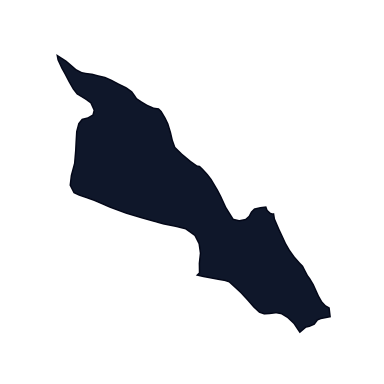 Doutsita, Gabon, rotated 172°
{"feature_id": "22940354B92057182831829", "entity_name": "Doutsita", "entity_type": "district", "adm_level": 2, "iso_a3": "GAB", "parent_name": "Gabon", "parent_adm1": "", "projection": "equal_earth", "projection_center": [11.621, -2.919], "detail": "fine", "context": "isolated", "style": "filled", "palette": "ink", "viewbox_px": 384, "rotation_deg": 172, "n_neighbors": 0, "source": "geoboundaries", "source_scale": "gbopen_adm2", "svg_char_len": 1589}
<svg xmlns="http://www.w3.org/2000/svg" viewBox="0 0 384 384"><g transform="rotate(172 192 192)"><path d="M306.4,345.8L306.2,341.5L303.5,332.6L301.2,326.7L298.3,318.5L295.1,310.5L292.0,305.1L284.6,299.1L279.7,294.4L277.4,286.6L279.3,282.0L284.7,279.8L290.6,279.2L294.5,275.5L297.7,267.9L299.8,257.4L301.3,249.5L304.2,236.7L309.1,225.2L311.6,215.7L308.9,207.8L304.3,204.8L290.3,197.6L275.2,188.4L260.0,180.2L245.6,173.6L224.6,164.4L213.4,160.5L203.4,156.5L195.1,148.6L192.1,139.8L192.1,130.2L194.6,120.4L195.8,110.8L198.3,109.0L192.6,106.8L186.3,104.7L177.4,101.7L171.7,99.9L167.6,97.9L163.8,93.3L157.5,85.6L151.7,77.2L146.7,69.5L141.9,63.6L137.4,61.3L132.2,60.9L125.5,60.8L120.3,59.1L114.6,54.4L109.2,47.6L106.4,41.7L104.7,38.2L98.1,42.4L94.5,42.7L89.4,44.1L85.6,47.9L82.1,48.8L72.6,49.3L72.4,58.1L75.9,60.8L78.9,65.1L81.4,71.4L84.9,83.4L87.6,89.8L89.4,93.1L91.4,98.7L92.9,103.1L95.7,106.9L99.9,113.3L103.8,120.8L106.7,128.0L109.1,136.0L111.2,142.8L114.2,153.8L114.3,158.9L115.2,158.9L117.5,159.9L120.3,163.4L121.0,166.8L126.3,166.9L132.5,166.4L135.9,163.8L138.7,159.9L142.6,157.3L149.2,156.9L155.1,159.2L158.0,165.7L160.8,172.0L164.3,183.7L166.6,190.2L171.4,201.7L174.4,207.0L178.5,213.0L181.0,216.2L183.6,217.0L189.4,222.5L197.1,231.0L202.9,238.6L204.4,246.0L205.1,253.9L206.5,262.8L208.4,268.8L211.4,276.0L213.6,278.9L218.5,280.3L224.6,284.1L229.9,288.4L234.0,292.1L236.2,296.6L237.8,299.6L242.5,304.1L250.6,309.6L256.2,313.7L262.3,317.5L269.3,320.2L274.4,322.4L280.7,324.1L284.7,325.5L289.9,329.2L298.6,339.1L306.4,345.8Z" fill="#0f172a" stroke="#020617" stroke-width="1.5"/></g></svg>